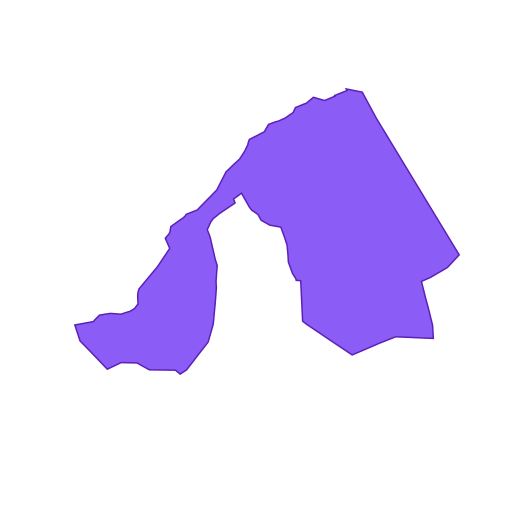 the district of Lanse Road, Castries, Saint Lucia, rotated 72°
{"feature_id": "8701671B540973728907", "entity_name": "Lanse Road", "entity_type": "district", "adm_level": 2, "iso_a3": "LCA", "parent_name": "Saint Lucia", "parent_adm1": "Castries", "projection": "albers", "projection_center": [-60.988, 14.018], "detail": "fine", "context": "isolated", "style": "filled", "palette": "violet", "viewbox_px": 512, "rotation_deg": 72, "n_neighbors": 0, "source": "geoboundaries", "source_scale": "gbopen_adm2", "svg_char_len": 1988}
<svg xmlns="http://www.w3.org/2000/svg" viewBox="0 0 512 512"><g transform="rotate(72 256 256)"><path d="M125.0,118.6L126.0,118.4L126.8,118.3L127.6,131.6L128.4,131.5L129.3,142.7L122.8,152.4L126.3,161.1L126.3,163.3L127.0,172.6L130.9,176.2L131.8,178.4L131.8,179.3L133.3,183.9L133.9,186.0L134.0,188.1L134.6,192.6L134.4,196.4L134.7,203.4L140.4,209.7L143.1,226.3L145.8,228.4L147.7,229.4L150.1,231.8L152.6,234.1L158.8,241.7L161.7,248.2L166.8,258.6L181.1,272.9L181.5,273.7L194.1,297.8L194.8,309.5L196.4,311.6L196.7,312.5L197.2,313.2L197.4,314.2L199.3,320.5L201.7,327.9L206.7,330.5L208.2,332.1L211.1,336.8L222.1,335.7L224.3,338.5L235.5,352.7L237.5,355.8L242.2,363.3L251.2,377.5L254.2,379.5L257.1,380.8L265.4,383.1L266.1,384.5L268.4,387.6L269.7,393.0L269.6,395.3L269.6,397.0L269.6,402.4L269.3,403.2L268.8,404.4L265.6,412.2L264.6,418.2L263.9,423.1L266.7,428.7L268.1,430.9L267.9,432.6L265.6,449.6L282.3,449.6L302.1,439.9L317.7,432.4L317.2,428.5L315.7,417.3L320.4,403.7L320.9,402.3L325.5,398.0L331.3,392.6L339.7,367.9L344.0,365.2L344.9,364.6L342.8,357.1L331.1,340.0L323.8,329.2L323.0,328.1L321.4,327.0L308.5,318.3L307.1,317.5L287.4,309.0L273.5,303.3L272.4,303.1L267.9,301.9L261.7,299.4L253.0,295.8L246.8,295.8L228.5,294.2L224.9,293.8L224.1,293.9L222.4,293.8L215.9,294.2L215.1,293.5L209.6,288.4L207.3,285.2L205.2,279.8L204.1,276.8L199.1,259.5L197.0,259.6L194.9,259.8L191.8,250.4L207.5,247.2L210.9,246.0L212.1,245.1L217.1,241.3L223.6,240.1L230.9,233.4L233.6,228.4L236.2,223.5L246.2,223.1L254.1,223.1L255.4,223.1L262.3,224.7L264.2,225.1L270.3,226.7L271.9,227.1L283.8,226.7L286.5,226.0L289.3,225.3L290.2,225.1L291.6,225.3L293.3,221.1L332.4,231.8L336.7,228.9L364.6,207.1L379.8,195.1L377.1,165.7L376.0,148.1L384.1,126.4L389.2,112.8L381.5,110.8L376.7,109.5L357.6,108.1L348.3,107.7L340.2,107.1L337.0,106.9L332.7,106.6L331.3,106.5L330.8,101.8L330.3,96.8L326.1,77.5L317.7,62.4L185.2,93.6L178.2,95.2L162.2,99.0L133.0,104.3L125.7,117.3L125.0,118.6Z" fill="#8b5cf6" stroke="#5b21b6" stroke-width="1.5"/></g></svg>